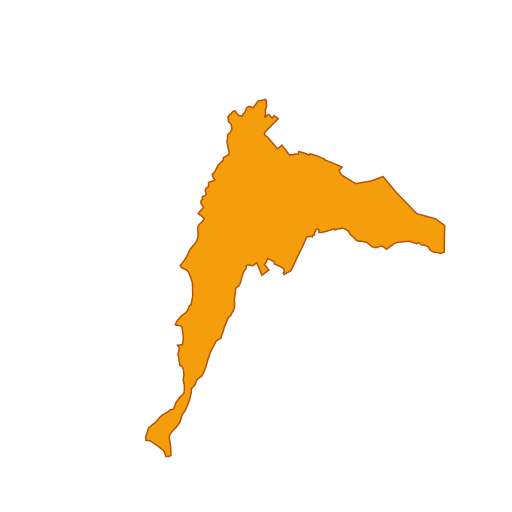 outline of Stei, Bihor, Romania, rotated 63°
{"feature_id": "2599482B13533696934170", "entity_name": "Stei", "entity_type": "district", "adm_level": 2, "iso_a3": "ROU", "parent_name": "Romania", "parent_adm1": "Bihor", "projection": "albers", "projection_center": [22.468, 46.534], "detail": "fine", "context": "isolated", "style": "filled", "palette": "amber", "viewbox_px": 512, "rotation_deg": 63, "n_neighbors": 0, "source": "geoboundaries", "source_scale": "gbopen_adm2", "svg_char_len": 5481}
<svg xmlns="http://www.w3.org/2000/svg" viewBox="0 0 512 512"><g transform="rotate(63 256 256)"><path d="M338.0,86.5L330.6,82.6L326.4,80.4L314.6,74.1L304.6,78.9L291.3,93.5L273.1,99.1L263.4,102.1L242.9,106.7L241.4,119.4L236.8,134.2L230.3,138.3L222.5,143.0L217.4,143.2L216.0,139.0L210.6,143.2L201.4,151.3L201.0,150.9L194.6,156.1L189.4,161.4L190.3,162.7L186.6,165.9L185.8,166.7L182.3,170.4L183.4,171.3L184.5,172.2L184.1,173.0L182.8,175.3L183.1,175.5L182.6,176.5L182.3,176.8L182.3,177.0L182.2,177.6L181.8,178.8L181.4,178.9L181.6,179.5L181.7,180.1L179.7,180.6L176.7,181.2L171.2,182.2L169.0,182.6L170.3,188.2L164.1,189.6L161.2,190.3L158.6,191.0L156.9,191.4L155.1,191.8L153.5,192.8L150.9,193.1L149.7,191.9L143.8,173.9L139.2,176.1L140.4,179.1L136.3,180.1L135.7,180.6L135.5,181.3L136.7,184.8L135.8,185.1L135.2,184.6L134.3,183.3L129.8,181.1L128.4,179.5L126.5,178.0L124.2,177.4L122.7,176.2L120.7,176.5L120.3,178.7L118.9,183.7L122.7,191.6L120.4,193.1L119.4,194.9L119.9,197.3L120.5,198.2L123.1,200.7L123.4,202.7L125.1,204.7L122.8,207.8L117.1,208.8L116.8,211.2L117.0,211.7L117.1,212.3L117.7,213.0L118.1,213.7L117.9,215.2L118.2,215.9L118.8,216.5L119.2,217.5L119.8,218.1L121.9,218.7L123.6,219.5L127.8,218.3L129.2,219.1L131.1,219.3L132.5,220.5L133.9,222.4L134.4,223.2L134.7,224.9L134.9,225.8L135.7,226.4L136.4,227.1L138.5,228.1L139.9,229.3L141.6,230.2L143.4,230.8L148.7,232.2L150.6,232.6L151.9,233.1L152.7,233.6L153.3,234.9L153.4,236.3L153.5,239.9L154.2,241.0L155.9,241.7L156.7,245.3L158.1,248.8L162.0,254.3L163.4,257.9L164.3,258.2L166.3,258.5L167.8,258.4L169.1,258.1L169.8,258.7L169.6,260.6L169.1,262.4L168.8,264.3L169.7,265.4L171.4,266.2L172.6,266.9L172.8,268.1L173.0,269.8L174.4,271.5L176.3,271.7L178.0,272.1L178.8,273.2L179.2,274.2L178.9,275.5L178.6,276.7L180.0,277.6L181.1,277.8L181.4,278.8L182.0,280.1L183.9,281.1L185.7,281.0L187.4,280.8L188.9,280.7L189.3,281.6L189.8,283.0L191.8,288.3L196.6,286.0L199.4,285.2L200.0,286.3L201.1,288.6L201.9,291.7L202.5,293.0L203.2,293.9L204.5,295.1L205.4,295.6L206.8,296.2L209.5,297.3L211.4,298.2L212.7,299.1L214.0,300.3L214.8,301.1L215.6,302.1L216.8,303.9L217.7,305.9L218.1,307.1L219.3,309.8L220.1,311.6L221.6,313.7L222.7,315.0L223.6,316.2L225.0,318.0L226.3,320.0L227.7,322.6L228.5,324.3L229.3,325.7L230.0,327.8L230.9,327.7L231.5,327.9L232.2,327.7L233.3,327.2L234.7,326.1L235.7,325.2L236.6,324.4L237.9,323.8L238.9,323.6L240.0,323.5L241.2,323.6L242.6,323.7L245.5,324.0L248.1,324.3L249.4,324.5L250.8,324.9L252.4,325.5L254.4,326.4L256.9,327.7L259.5,328.9L261.6,329.8L263.4,330.9L265.5,332.5L267.2,333.8L267.9,334.6L269.1,335.4L269.9,335.9L270.3,336.0L269.8,337.5L273.3,341.6L274.7,344.9L275.6,349.7L277.4,354.6L278.3,356.4L280.6,359.1L281.6,358.3L283.1,356.0L284.7,354.3L286.0,354.4L294.2,357.2L298.2,359.3L301.6,361.8L299.9,366.5L301.9,366.1L302.9,365.9L304.9,367.5L308.2,370.3L310.3,370.6L314.6,372.2L317.2,372.9L318.7,373.5L320.8,372.1L324.2,372.2L326.3,373.1L329.1,374.1L331.6,375.9L333.3,377.1L336.3,377.9L339.2,378.8L342.8,380.7L344.7,381.8L346.0,383.4L346.7,386.4L347.8,389.0L349.2,391.9L350.4,394.1L352.3,396.0L354.5,398.5L355.2,400.1L354.0,401.5L354.1,402.5L354.8,404.8L355.0,407.6L355.1,411.2L356.0,414.8L357.2,417.5L358.6,421.4L359.5,425.9L360.6,430.1L364.0,433.3L367.8,436.8L370.4,437.9L372.3,434.4L377.0,431.8L380.8,429.7L385.8,427.5L387.5,426.6L391.3,426.9L393.7,427.4L395.2,424.3L395.0,422.2L388.3,419.2L383.9,417.4L378.2,415.7L375.8,413.6L373.9,409.6L372.5,405.2L370.8,401.6L369.7,399.4L367.2,397.0L363.9,393.9L361.8,389.6L359.6,386.8L357.3,384.2L354.9,381.4L352.1,378.9L348.5,375.8L344.8,373.7L343.1,368.9L340.1,365.7L338.7,362.8L338.3,358.9L336.3,355.7L332.9,351.9L329.6,348.7L326.0,345.4L320.8,339.9L314.7,331.5L313.7,330.0L313.5,328.5L313.4,326.3L313.2,324.3L312.3,323.8L311.4,322.9L310.2,321.6L308.3,319.4L306.0,317.5L304.7,316.1L303.1,314.4L301.6,312.6L298.3,308.6L297.9,306.5L297.4,305.2L296.3,304.2L295.0,301.7L293.0,299.5L292.2,298.4L290.2,297.4L289.1,297.0L287.6,296.1L285.6,295.5L284.2,294.6L278.7,290.6L276.2,289.2L275.2,288.4L275.1,286.5L274.9,285.0L274.1,284.0L273.4,282.7L272.1,281.5L270.4,280.0L268.4,278.2L266.6,276.3L264.5,274.1L263.8,272.8L263.0,271.1L262.3,270.3L260.3,269.1L259.9,268.2L260.1,267.8L261.0,266.0L262.4,264.4L263.2,263.4L263.2,262.5L262.9,261.2L262.3,258.9L262.3,258.5L264.1,258.6L266.3,258.7L271.8,259.2L273.8,259.3L275.9,259.5L275.8,259.2L274.3,250.9L267.6,252.3L267.0,251.5L266.1,249.5L263.4,246.8L265.8,245.0L268.6,242.9L269.5,242.5L270.4,242.8L271.3,243.1L271.8,242.9L274.8,240.5L276.8,238.7L279.4,237.4L281.3,237.2L282.6,237.8L283.9,239.6L285.2,239.4L285.0,231.8L282.3,228.0L275.0,218.7L267.9,209.3L261.9,201.9L262.0,201.8L263.8,197.6L264.4,197.0L263.4,196.1L263.8,194.3L261.7,193.1L261.3,193.0L261.1,191.7L260.6,191.4L259.4,190.1L259.3,189.7L259.8,188.9L261.1,188.3L262.9,188.5L263.6,189.1L264.7,187.1L265.3,184.9L265.9,182.6L266.4,179.3L266.7,177.9L267.5,173.9L268.4,174.0L268.8,172.1L269.3,169.6L270.2,168.3L269.9,167.3L271.6,165.0L273.3,163.9L274.7,163.1L275.4,162.3L278.9,162.4L280.3,162.1L281.5,161.5L283.6,160.6L286.0,160.0L288.2,159.2L289.8,157.0L290.8,155.0L291.7,154.0L294.5,150.9L295.4,150.5L300.5,148.3L302.2,146.3L302.8,145.9L303.1,145.3L303.6,141.4L304.5,139.1L306.3,138.0L309.3,136.6L307.7,127.5L308.1,123.4L310.0,118.7L311.9,114.0L313.1,111.9L318.2,107.0L317.8,105.8L318.3,104.7L320.9,103.7L322.0,102.6L322.5,101.3L325.7,98.5L327.2,98.2L328.2,98.4L330.6,97.8L333.4,95.8L334.1,94.6L334.9,93.4L337.4,90.5L337.9,87.6L338.0,86.5Z" fill="#f59e0b" stroke="#b45309" stroke-width="1.5"/></g></svg>